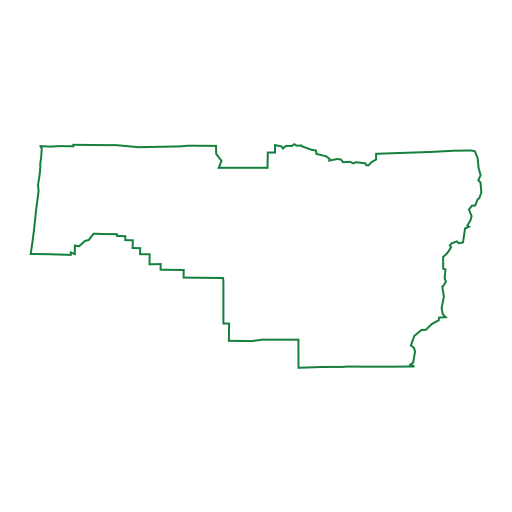 outline of Lane, Oregon, United States of America
{"feature_id": "52423323B96718666714247", "entity_name": "Lane", "entity_type": "district", "adm_level": 2, "iso_a3": "USA", "parent_name": "United States of America", "parent_adm1": "Oregon", "projection": "orthographic", "projection_center": [-122.825, 43.864], "detail": "fine", "context": "isolated", "style": "outline", "palette": "green", "viewbox_px": 512, "rotation_deg": 0, "n_neighbors": 0, "source": "geoboundaries", "source_scale": "gbopen_adm2", "svg_char_len": 1851}
<svg xmlns="http://www.w3.org/2000/svg" viewBox="0 0 512 512"><path d="M216.0,145.9L188.2,145.7L180.1,146.4L138.5,147.2L115.6,145.1L104.3,145.1L73.3,144.8L73.3,146.3L59.6,146.1L50.3,146.6L40.5,146.1L40.5,146.5L40.7,147.0L41.6,147.6L41.7,148.9L41.2,156.9L40.2,164.4L40.4,166.6L39.8,173.4L38.0,185.4L38.6,191.1L36.2,209.0L34.1,229.3L32.5,241.7L30.7,254.0L48.5,254.2L70.8,254.9L70.8,252.5L74.8,254.1L74.8,245.6L79.2,246.2L85.0,240.9L88.7,240.0L93.6,233.7L106.5,234.1L116.8,234.1L116.9,235.9L125.3,236.2L125.3,240.1L132.8,240.3L132.6,248.0L140.2,248.2L140.1,254.2L149.7,254.3L149.5,264.3L160.7,264.1L160.6,269.7L183.7,270.0L183.6,277.6L223.0,278.0L223.4,281.8L223.4,323.5L229.1,323.5L228.9,340.8L251.7,341.1L262.2,339.7L298.4,339.7L298.5,367.8L321.1,367.0L342.8,366.9L346.3,366.6L388.1,366.7L414.4,366.5L410.4,364.6L413.2,362.6L415.0,351.6L414.2,348.1L410.9,345.4L414.4,335.8L421.5,330.0L425.7,329.9L431.8,324.0L438.7,320.3L439.0,317.6L445.7,317.2L442.7,314.0L441.6,308.2L443.9,296.5L442.3,286.8L443.5,285.6L445.9,281.5L444.6,278.5L445.5,269.4L443.2,268.7L443.1,257.0L447.3,253.1L451.1,247.3L449.8,245.4L451.9,243.2L456.9,241.4L458.8,243.3L463.0,242.4L465.1,228.4L469.0,226.7L467.4,225.5L470.3,220.7L471.6,216.2L469.0,209.5L471.9,205.7L475.2,205.5L477.6,199.5L479.3,198.1L481.3,192.5L480.5,182.5L478.3,180.3L480.6,175.2L478.6,168.1L477.6,158.0L474.8,151.2L471.3,150.5L454.5,150.7L431.8,151.9L376.1,153.8L376.1,159.5L371.3,162.3L368.6,165.3L366.3,165.3L365.3,163.3L355.9,162.2L353.3,163.4L350.1,161.8L343.0,162.2L341.1,159.6L337.3,159.0L329.2,160.6L329.5,158.8L326.1,156.3L316.4,153.9L316.0,150.5L311.9,149.9L301.6,146.2L301.4,145.5L296.6,145.7L294.3,144.2L291.7,146.0L286.0,145.9L282.9,148.5L281.6,146.4L275.0,145.1L275.0,152.5L267.8,152.5L267.5,167.8L218.7,167.8L221.5,160.9L216.2,153.9L216.0,145.9Z" fill="none" stroke="#15803d" stroke-width="2"/></svg>